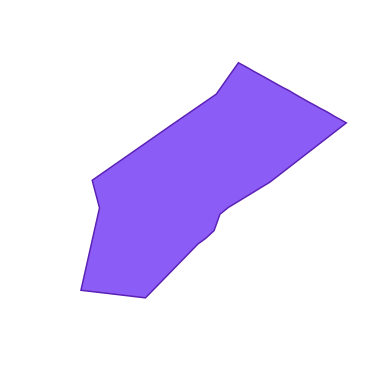 the district of Marizópolis, Paraíba, Brazil, rotated 34°
{"feature_id": "56859067B22509587419183", "entity_name": "Marizópolis", "entity_type": "district", "adm_level": 2, "iso_a3": "BRA", "parent_name": "Brazil", "parent_adm1": "Paraíba", "projection": "natural_earth1", "projection_center": [-38.326, -6.828], "detail": "fine", "context": "isolated", "style": "filled", "palette": "violet", "viewbox_px": 384, "rotation_deg": 34, "n_neighbors": 0, "source": "geoboundaries", "source_scale": "gbopen_adm2", "svg_char_len": 536}
<svg xmlns="http://www.w3.org/2000/svg" viewBox="0 0 384 384"><g transform="rotate(34 192 192)"><path d="M154.9,335.6L212.6,305.8L226.0,231.7L229.3,222.7L231.9,211.7L227.6,194.8L230.8,184.4L237.3,170.3L246.3,150.6L251.0,140.4L281.3,48.4L275.2,48.9L268.2,49.6L259.8,50.0L251.0,51.0L244.7,51.5L237.9,52.2L228.9,52.9L221.9,53.4L215.4,53.7L209.4,54.5L203.0,55.1L194.0,55.8L183.4,56.7L176.0,57.4L168.6,57.9L158.2,58.9L157.4,97.3L137.5,148.0L102.7,238.1L124.2,256.9L154.9,335.6Z" fill="#8b5cf6" stroke="#5b21b6" stroke-width="1.5"/></g></svg>